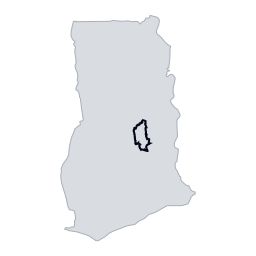 Sene West, Brong Ahafo, Ghana shown in context
{"feature_id": "2480657B37380438315906", "entity_name": "Sene West", "entity_type": "district", "adm_level": 2, "iso_a3": "GHA", "parent_name": "Ghana", "parent_adm1": "Brong Ahafo", "projection": "natural_earth1", "projection_center": [-0.653, 7.749], "detail": "fine", "context": "in_parent", "style": "outline", "palette": "ink", "viewbox_px": 256, "rotation_deg": 0, "n_neighbors": 0, "source": "geoboundaries", "source_scale": "gbopen_adm2", "svg_char_len": 6369}
<svg xmlns="http://www.w3.org/2000/svg" viewBox="0 0 256 256"><path d="M157.0,17.2L159.0,19.3L159.4,20.5L158.7,25.1L157.3,28.3L156.4,31.2L156.5,32.7L157.4,34.2L160.3,36.6L161.8,38.1L163.6,40.4L165.6,42.7L169.1,45.6L170.6,46.2L170.6,47.0L170.1,48.1L169.8,59.1L169.5,61.9L169.2,63.3L168.9,67.4L168.6,68.0L167.9,68.0L167.3,68.1L167.1,68.9L167.4,69.8L169.5,70.4L169.0,71.0L167.5,71.5L166.7,72.8L167.0,74.2L166.2,75.3L166.4,76.1L167.0,76.6L167.9,76.4L170.3,74.5L171.4,74.3L172.7,74.7L175.0,77.6L175.1,79.0L174.2,83.8L173.2,87.6L173.1,92.5L174.1,95.3L173.9,96.8L172.9,98.2L170.4,100.1L170.6,101.4L171.7,103.8L173.8,106.6L177.8,109.9L179.9,114.3L180.0,116.1L178.7,117.9L177.3,119.4L176.8,121.7L177.5,136.4L174.3,142.7L174.3,144.6L174.6,146.7L175.4,147.9L177.1,148.3L178.4,149.5L177.9,154.0L177.2,158.6L177.1,160.8L176.7,161.8L175.5,162.7L175.0,164.1L175.3,165.9L175.1,167.2L175.8,168.9L177.2,171.0L179.6,176.3L180.5,176.7L180.9,177.8L180.6,178.9L181.5,181.2L184.1,183.5L186.8,185.6L189.0,185.9L189.6,187.7L191.0,190.0L192.1,191.0L193.7,191.7L195.1,192.0L195.2,194.0L192.7,195.3L191.0,197.3L189.8,200.4L188.0,203.8L181.9,205.6L179.6,205.6L167.1,205.7L155.3,212.3L148.6,214.7L144.5,218.4L138.9,221.1L135.0,224.3L126.9,225.9L113.6,231.0L109.5,233.0L105.3,236.5L98.4,240.6L95.8,240.6L90.4,236.7L86.4,234.8L76.6,231.8L69.2,230.7L65.7,229.4L64.7,229.2L65.5,227.8L67.6,227.7L69.7,228.1L71.4,227.0L73.7,226.9L74.4,225.8L74.6,223.0L74.5,220.7L75.4,219.7L75.6,217.1L74.4,211.2L73.6,210.5L69.3,209.7L69.0,208.5L68.2,207.3L67.4,204.2L66.5,199.7L65.0,194.1L62.1,184.9L61.4,181.6L60.9,178.3L60.8,174.3L61.4,172.8L61.3,170.8L61.1,168.7L63.1,164.0L67.1,158.3L67.9,156.2L68.7,154.8L68.8,152.7L69.5,146.0L71.4,137.9L72.6,134.8L73.4,133.2L74.4,130.5L74.6,129.2L78.3,126.0L80.0,125.2L80.4,123.9L79.8,122.5L80.0,121.6L80.9,121.1L82.3,120.8L83.3,119.5L81.7,109.5L80.5,99.5L80.4,98.6L79.7,97.3L79.0,93.1L77.7,90.7L76.0,90.0L76.0,87.8L77.8,83.9L78.2,81.7L77.4,81.0L77.3,79.3L77.9,76.4L77.6,74.7L77.3,72.8L75.5,68.5L75.0,65.4L76.0,63.6L75.9,59.6L75.0,53.5L74.8,49.7L75.5,48.0L75.2,46.5L73.9,45.1L73.8,43.7L74.9,42.3L74.7,41.2L73.4,40.4L72.1,38.6L71.0,35.6L71.2,30.8L73.3,22.0L73.6,21.3L76.0,21.3L76.0,21.7L83.3,21.6L91.7,21.5L101.7,21.4L110.8,21.3L111.2,20.9L112.7,20.4L121.9,21.3L127.6,20.9L130.0,21.2L131.8,21.8L135.8,21.4L137.9,21.6L139.5,23.8L140.2,23.8L141.0,22.9L142.6,21.8L144.2,21.0L145.4,19.3L146.1,18.0L147.1,18.2L148.7,18.1L149.7,17.0L150.0,15.4L157.0,17.2Z" fill="#d9dde1" stroke="#a8b0b8" stroke-width="1"/><path d="M145.6,121.2L144.4,120.7L143.9,120.4L142.7,120.2L142.0,121.2L141.9,121.6L142.3,122.3L142.3,122.5L142.1,122.7L141.6,123.0L141.3,123.0L141.2,123.1L140.9,123.1L140.7,123.0L140.6,122.9L140.4,122.9L140.4,123.0L140.4,123.4L140.2,123.5L139.9,123.9L139.6,123.9L139.6,124.0L139.3,124.4L139.3,124.5L139.1,124.5L138.9,124.9L138.8,125.0L138.7,124.9L138.6,124.7L138.2,124.6L137.8,124.7L137.7,124.8L137.4,125.0L137.2,125.2L137.0,125.4L137.0,125.5L136.9,125.6L137.0,125.7L136.9,125.9L136.8,126.0L136.7,126.1L136.5,126.4L136.4,126.9L136.4,127.0L136.3,127.3L136.1,127.6L135.9,127.8L136.0,127.8L135.9,128.0L135.9,128.5L135.6,128.6L135.3,128.4L135.0,128.4L134.8,128.3L134.5,127.9L134.4,127.9L134.3,128.0L134.3,128.3L134.3,128.6L134.3,128.8L134.3,129.0L134.4,129.3L134.3,129.5L134.2,129.6L134.0,129.9L133.9,129.9L133.9,130.0L133.7,130.4L133.8,130.6L133.7,130.7L133.8,131.0L133.7,131.3L133.7,131.5L133.8,131.7L134.0,132.0L134.1,132.3L134.1,132.6L134.2,132.9L134.2,133.1L134.2,133.3L134.3,133.6L134.5,133.8L134.5,134.0L134.4,134.2L134.4,134.4L134.4,134.5L134.6,134.7L134.7,134.9L134.7,135.3L134.6,135.8L134.6,136.0L134.6,136.4L134.7,136.7L134.9,136.8L134.9,137.5L134.8,137.8L134.8,138.1L135.0,138.3L135.0,138.7L135.1,139.1L135.0,139.4L134.9,139.5L135.0,140.0L135.2,140.3L135.3,140.4L135.4,140.5L135.5,140.6L135.6,140.8L135.5,141.0L135.4,141.2L135.4,141.3L135.4,141.6L135.3,141.9L135.4,142.0L135.6,142.2L135.6,142.3L135.7,142.5L135.6,142.8L135.8,142.9L135.8,143.0L135.9,143.3L136.1,143.4L136.1,143.6L135.9,143.7L135.9,143.9L135.7,144.0L135.9,144.2L136.1,144.1L136.3,144.1L136.5,144.1L136.6,143.9L136.7,143.7L136.8,143.7L137.0,143.6L137.3,143.7L137.5,143.6L137.7,143.4L137.8,143.3L138.0,143.3L138.0,143.2L138.3,142.9L138.3,143.2L138.4,143.4L138.4,143.5L138.5,143.5L138.6,143.4L138.7,143.6L138.8,143.6L139.1,143.9L139.1,144.0L139.3,144.2L139.4,144.3L139.5,144.3L139.4,144.5L139.5,144.6L139.5,144.8L139.4,145.0L139.5,145.1L139.4,145.2L139.4,145.3L139.5,145.3L139.4,145.4L139.4,145.6L139.5,145.6L139.4,145.9L139.5,146.1L139.4,146.3L139.4,146.5L139.3,146.8L139.5,147.0L139.8,147.5L139.8,147.8L139.9,148.0L140.0,148.1L140.1,148.3L140.2,148.5L140.3,148.5L140.6,148.9L140.6,149.0L141.0,149.4L141.0,149.5L141.1,149.8L141.3,149.7L141.6,149.6L141.8,149.5L142.0,149.6L142.3,149.6L142.5,149.5L142.8,149.5L143.0,149.7L143.3,149.8L143.5,149.8L143.8,150.0L144.0,149.9L144.1,150.0L144.2,149.9L144.4,150.0L144.5,150.1L144.8,150.1L145.0,150.2L145.2,150.3L145.3,150.3L145.3,150.2L145.4,150.3L145.6,150.3L145.8,150.4L145.8,150.5L146.0,150.5L146.3,150.5L146.5,150.7L146.8,150.8L147.0,151.0L147.3,151.0L147.5,151.0L147.5,150.9L147.4,150.8L147.4,150.7L147.4,150.4L147.2,150.3L147.2,150.0L147.1,149.8L147.1,149.7L146.8,149.5L146.8,149.2L146.7,148.9L146.7,148.7L146.5,148.2L146.4,147.9L146.2,147.7L146.3,147.4L146.2,147.2L146.2,146.9L146.2,146.7L146.3,146.5L146.4,146.1L146.5,146.0L146.6,145.9L146.6,145.7L146.7,145.4L146.9,145.3L147.2,145.0L147.4,144.9L147.4,144.7L147.6,144.6L147.8,144.6L148.1,144.4L148.3,144.4L148.5,144.2L148.8,144.2L149.1,144.0L149.2,143.8L149.7,143.5L149.9,143.4L149.4,143.3L148.9,143.4L148.9,143.1L148.8,142.9L148.8,142.5L148.7,142.3L148.8,142.1L149.0,141.8L149.1,141.3L149.1,141.0L149.1,140.9L149.1,140.6L149.1,140.4L149.2,140.2L149.2,139.9L149.1,139.7L149.1,139.2L147.2,139.2L147.2,138.8L146.8,138.2L147.0,138.0L146.9,137.9L146.7,137.7L146.4,137.2L146.3,136.7L146.4,136.4L146.0,136.1L146.0,135.8L146.1,135.7L146.2,135.4L146.5,135.2L146.7,134.8L146.7,134.5L146.6,134.3L145.8,134.3L145.7,134.2L145.8,133.9L145.9,133.6L145.8,133.3L145.9,133.1L146.0,132.9L146.0,132.5L145.9,132.1L146.0,131.8L146.0,131.6L145.8,131.3L145.7,130.8L145.8,130.3L145.8,130.1L145.7,130.0L145.5,129.6L145.6,129.2L145.6,128.6L145.7,128.4L145.5,128.1L145.9,127.7L146.0,127.3L146.2,127.2L146.4,127.2L145.2,124.3L145.3,124.1L145.2,124.1L145.2,123.9L145.3,123.5L145.6,121.2Z" fill="none" stroke="#020617" stroke-width="2"/></svg>